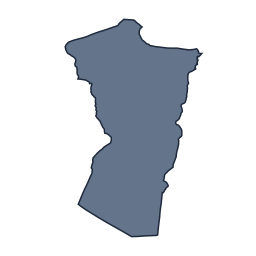 outline of Dogiyai, Papua, Indonesia, rotated 274°
{"feature_id": "22746128B76462588476684", "entity_name": "Dogiyai", "entity_type": "district", "adm_level": 2, "iso_a3": "IDN", "parent_name": "Indonesia", "parent_adm1": "Papua", "projection": "equal_earth", "projection_center": [135.829, -3.999], "detail": "fine", "context": "isolated", "style": "filled", "palette": "slate", "viewbox_px": 256, "rotation_deg": 274, "n_neighbors": 0, "source": "geoboundaries", "source_scale": "gbopen_adm2", "svg_char_len": 5200}
<svg xmlns="http://www.w3.org/2000/svg" viewBox="0 0 256 256"><g transform="rotate(274 128 128)"><path d="M236.1,126.2L236.1,122.6L236.1,121.7L236.1,116.3L232.1,112.3L232.0,112.1L229.4,110.7L226.6,103.9L224.2,98.3L222.1,92.9L221.9,92.3L218.8,85.3L216.4,80.7L214.5,75.8L213.5,72.6L211.7,67.5L211.4,66.8L209.5,62.8L208.8,62.1L208.0,61.5L207.2,60.8L205.7,60.1L204.8,59.7L202.6,60.2L201.5,60.7L199.7,61.6L199.3,61.9L198.3,62.7L197.1,65.1L195.8,67.2L194.6,69.5L193.1,70.8L191.7,71.3L190.2,71.1L188.3,70.5L187.0,70.8L186.0,71.2L185.1,72.6L183.7,73.0L182.0,73.2L179.8,73.3L177.8,73.8L176.9,74.7L175.3,75.2L173.4,74.6L173.4,77.3L173.1,80.0L172.8,82.8L171.7,84.9L171.0,86.2L169.6,86.6L169.7,87.6L170.0,88.2L169.9,88.8L169.0,88.9L166.6,88.3L164.9,88.2L162.9,88.6L161.1,88.5L160.3,89.2L159.2,89.5L158.2,90.5L157.7,91.3L156.7,91.9L156.1,93.3L154.3,93.6L151.0,93.7L149.4,94.3L148.1,93.6L147.2,94.1L146.1,94.9L143.8,94.7L142.5,95.7L140.9,95.3L139.3,95.7L138.0,95.0L136.4,96.0L134.7,97.8L132.6,99.8L129.9,101.2L126.9,102.9L125.3,104.4L123.2,104.7L121.2,105.2L120.9,107.5L119.4,109.8L117.4,112.0L115.8,112.1L113.7,112.1L111.6,111.4L110.0,109.0L107.3,105.4L104.9,103.5L103.5,101.7L100.6,99.0L95.8,95.3L93.2,95.0L91.6,95.5L89.5,94.8L85.7,94.1L84.3,95.3L80.3,95.2L76.5,93.7L71.0,91.8L62.9,88.6L56.2,86.3L48.4,83.7L46.1,87.3L43.6,91.5L41.7,95.1L36.6,104.8L32.1,113.8L27.1,124.3L23.4,132.1L20.3,138.4L19.9,139.3L20.5,145.2L21.5,152.1L22.3,159.2L22.8,163.8L23.3,165.0L27.4,165.1L32.1,165.3L36.6,165.5L41.3,165.8L45.9,165.8L50.6,166.0L55.3,166.4L59.9,166.5L64.5,166.7L65.9,166.7L65.8,167.0L65.8,167.3L65.8,167.5L66.7,168.2L67.8,168.7L68.7,169.0L69.2,169.4L69.8,169.8L70.4,170.0L70.9,170.2L71.4,170.6L72.1,171.5L72.7,172.1L73.3,172.1L74.5,171.5L75.6,170.8L76.5,169.9L77.0,169.3L77.4,168.1L77.7,167.4L78.0,167.1L78.4,167.1L79.2,167.3L80.1,167.5L81.1,167.6L82.3,167.7L83.5,167.8L84.2,167.9L84.7,168.3L85.6,169.0L86.4,169.8L87.5,170.7L88.6,171.7L89.6,173.0L90.9,174.3L91.4,175.1L92.1,175.7L92.9,175.6L93.9,175.5L94.7,175.6L96.0,176.0L97.0,176.3L97.9,176.7L99.4,177.0L101.4,177.7L102.1,177.9L103.3,178.1L104.1,178.0L104.3,178.0L105.6,178.1L107.4,178.3L109.2,178.5L110.8,179.0L112.4,179.1L113.8,179.4L115.2,179.6L117.3,179.5L118.7,179.5L119.8,179.2L120.5,179.1L121.5,179.8L122.4,180.7L123.2,181.6L123.9,182.1L124.4,182.2L125.2,182.1L126.1,182.1L127.3,182.0L128.6,181.9L130.1,181.5L131.6,180.5L133.0,179.4L134.2,178.3L134.6,177.0L135.0,176.0L135.3,175.7L136.3,175.2L137.1,175.2L137.4,175.3L138.0,175.4L138.7,176.3L139.2,177.0L139.8,177.6L140.7,178.3L141.4,178.6L142.7,178.9L144.0,179.5L145.4,179.8L146.7,180.0L147.9,180.9L149.0,181.0L149.7,180.7L150.8,180.5L151.7,180.2L151.9,180.1L152.1,180.0L152.5,179.8L153.3,179.5L154.6,179.4L155.3,179.7L155.9,180.7L156.5,181.9L157.0,182.7L157.7,183.2L159.1,183.6L160.0,183.8L160.3,183.8L162.5,184.2L163.9,184.4L164.8,184.2L165.9,184.2L167.6,184.5L167.9,184.5L168.9,184.6L169.8,184.5L171.2,184.6L172.0,184.6L173.4,184.3L174.1,184.2L175.3,184.5L175.9,184.8L176.5,185.1L177.0,185.3L177.4,185.2L178.5,184.7L179.0,184.5L179.3,184.4L180.4,184.3L181.7,184.2L182.0,184.1L183.5,184.1L185.2,184.1L186.6,184.4L187.7,185.2L188.6,186.6L188.8,187.2L188.9,187.3L189.0,187.5L189.2,187.9L189.3,188.1L189.5,188.4L189.7,188.6L190.0,189.1L190.1,189.3L190.3,189.5L190.6,190.0L190.8,190.2L191.0,190.6L191.2,191.0L191.4,191.2L191.6,191.4L191.9,191.4L192.0,191.3L192.2,191.1L192.4,190.5L192.5,190.5L192.8,190.6L193.1,190.9L193.4,191.0L193.6,191.0L193.9,191.0L194.1,190.9L194.4,190.9L194.6,191.0L194.8,191.1L195.1,191.3L195.3,191.4L195.7,191.6L195.8,191.7L196.0,192.0L196.2,192.5L196.3,192.7L196.3,192.8L196.5,192.8L196.8,192.8L196.9,192.7L197.0,192.4L197.0,192.2L197.3,192.1L197.5,192.2L197.9,192.5L198.1,192.5L198.3,192.4L198.7,192.4L199.0,192.5L199.5,192.6L199.8,192.9L200.0,193.0L200.3,193.1L200.6,193.0L200.8,193.0L200.9,192.9L201.0,192.8L201.0,192.6L201.0,192.3L201.0,192.2L201.3,192.1L201.5,192.1L201.8,192.1L202.0,192.2L202.2,192.3L202.3,192.4L202.5,192.5L202.8,192.5L202.9,192.4L203.0,192.3L203.1,192.1L203.3,192.0L203.6,192.0L203.8,192.2L204.1,192.3L204.3,192.5L204.3,192.8L204.2,193.0L204.1,193.3L204.1,193.5L204.3,193.8L204.5,194.0L204.8,194.2L204.9,194.3L205.1,194.5L205.5,194.8L205.9,195.3L206.1,195.4L206.3,195.5L206.5,195.7L206.8,195.8L207.1,195.9L207.2,196.0L207.5,196.3L207.5,196.1L207.3,195.9L207.2,195.6L207.1,195.4L207.2,195.2L207.3,195.0L207.4,194.8L207.5,194.7L207.5,194.3L207.5,194.1L207.6,193.8L207.7,193.6L207.8,193.4L207.9,193.2L208.0,193.1L208.2,192.9L208.3,192.9L208.5,192.9L208.8,192.9L209.0,192.9L209.2,193.0L209.3,193.0L209.5,193.0L209.6,192.9L209.7,192.7L209.9,192.5L210.1,192.4L210.3,192.2L210.6,192.2L210.8,191.9L211.0,191.8L211.1,191.7L211.4,191.4L211.5,191.3L211.6,191.2L211.8,190.9L211.0,188.2L210.2,183.7L210.4,179.9L210.7,175.5L211.1,171.6L210.8,167.5L210.5,162.3L210.7,158.1L210.9,154.5L211.0,152.6L211.1,149.9L211.2,149.1L211.4,147.7L211.5,146.7L211.7,145.6L211.7,145.1L211.7,144.3L212.0,143.6L212.6,143.3L213.0,142.7L213.3,140.8L215.1,138.6L216.8,136.0L219.1,134.6L222.2,132.7L224.0,132.5L225.6,132.5L227.5,133.0L228.6,134.0L229.3,134.5L229.8,135.0L230.4,134.0L232.3,131.6L233.6,129.4L235.2,127.7L236.1,126.2Z" fill="#64748b" stroke="#1e293b" stroke-width="1.5"/></g></svg>